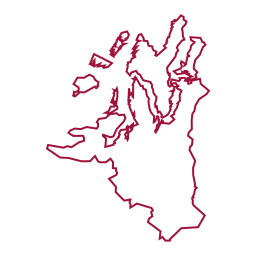 outline of Gildeskål nor, Nordland, Norway
{"feature_id": "86288312B17859654216493", "entity_name": "Gildeskål nor", "entity_type": "district", "adm_level": 2, "iso_a3": "NOR", "parent_name": "Norway", "parent_adm1": "Nordland", "projection": "albers", "projection_center": [14.061, 66.984], "detail": "fine", "context": "isolated", "style": "outline", "palette": "rose", "viewbox_px": 256, "rotation_deg": 0, "n_neighbors": 0, "source": "geoboundaries", "source_scale": "gbopen_adm2", "svg_char_len": 5778}
<svg xmlns="http://www.w3.org/2000/svg" viewBox="0 0 256 256"><path d="M199.9,78.8L191.0,81.0L191.4,82.9L188.4,83.9L187.8,82.0L188.7,81.0L185.0,80.7L186.0,78.8L184.4,77.8L179.6,78.2L180.3,79.6L178.9,81.1L172.0,79.4L170.7,82.4L171.0,83.7L175.7,83.1L177.2,85.5L179.2,86.0L176.4,86.7L177.3,88.5L181.5,90.6L179.7,95.0L179.9,100.7L177.5,103.3L178.1,103.5L176.9,107.7L174.2,111.9L174.2,114.1L171.1,116.1L174.3,119.4L169.3,123.7L162.3,123.0L163.1,121.3L161.9,120.3L157.0,130.6L155.9,130.8L155.7,133.4L155.1,130.7L156.6,128.6L157.0,125.2L158.8,123.5L158.8,120.1L159.6,119.1L158.5,119.6L158.4,117.0L157.3,116.2L155.1,121.4L153.7,122.3L154.1,116.2L150.8,112.1L149.5,108.4L148.5,102.0L148.9,98.6L146.9,95.8L145.8,89.6L143.4,88.9L142.7,85.9L140.7,85.9L135.4,76.8L134.5,78.0L135.0,79.0L133.3,79.0L134.8,80.3L132.7,84.9L133.2,85.1L133.1,97.1L132.5,96.5L131.9,92.2L131.6,93.9L129.3,95.3L129.9,93.8L129.0,88.3L128.7,95.2L129.2,94.9L129.1,96.7L128.3,99.4L128.5,101.5L130.7,99.6L128.4,103.9L130.0,105.1L129.4,106.0L129.8,107.6L132.9,115.2L134.2,112.9L134.5,116.5L133.8,118.1L137.8,124.2L133.0,126.2L133.0,123.8L129.6,127.0L130.6,128.2L132.1,126.0L132.8,127.0L131.7,130.2L128.1,132.9L128.1,138.5L127.5,139.8L126.6,137.7L125.7,138.0L126.1,136.9L125.0,134.5L127.8,130.5L128.2,126.5L127.7,126.0L126.6,127.3L126.7,128.8L127.6,128.2L126.8,129.3L120.7,130.1L119.0,133.2L119.3,134.7L120.3,134.0L118.4,136.5L118.9,137.0L114.2,141.4L115.0,143.2L113.7,143.4L113.5,144.8L105.3,146.9L106.1,138.6L102.9,135.8L103.1,134.7L110.3,137.2L113.4,136.4L116.6,129.2L123.9,121.3L125.4,117.9L124.1,114.7L119.0,115.2L116.7,113.2L109.5,114.4L105.6,118.0L98.9,118.9L96.8,122.2L98.0,123.4L98.2,126.3L96.8,128.6L86.6,127.0L80.8,129.1L74.8,128.6L70.2,130.5L68.5,132.9L73.2,135.9L83.0,135.8L84.1,138.0L83.9,140.9L79.2,142.2L71.6,147.1L67.3,146.2L63.5,147.7L48.1,145.0L47.0,148.6L60.0,157.5L68.7,158.0L81.6,161.3L90.1,161.2L95.0,156.0L98.1,161.5L100.5,162.3L106.1,162.2L110.4,158.7L113.0,162.1L112.9,168.1L116.1,168.4L116.0,170.8L117.2,173.0L116.1,175.0L109.0,178.7L115.9,186.8L115.7,192.1L124.2,200.6L130.3,199.5L129.5,202.3L130.4,203.8L130.4,207.6L136.8,203.6L151.5,208.0L152.9,210.4L151.2,211.9L152.3,216.3L149.1,218.5L148.0,222.1L160.5,231.3L159.7,238.6L162.4,237.0L165.4,240.6L169.9,240.6L169.9,239.3L181.3,228.2L198.0,227.2L204.8,215.4L193.7,205.5L192.6,203.1L192.9,201.1L192.1,198.2L193.5,197.4L192.8,196.4L194.0,194.4L195.0,189.5L196.7,187.8L194.7,186.5L195.1,184.4L193.2,174.9L193.1,167.9L195.2,160.8L189.5,150.0L189.9,147.3L192.0,144.7L192.6,139.5L188.1,135.8L188.8,132.4L191.8,129.1L191.7,120.1L192.4,113.8L194.3,111.0L195.6,105.2L199.2,99.1L206.5,94.1L209.0,90.8L200.8,83.9L199.9,78.8ZM181.0,15.4L176.5,20.6L175.1,20.1L174.9,22.0L174.5,20.3L171.8,22.1L171.6,24.0L173.0,23.8L171.4,25.5L172.7,27.0L171.0,28.5L171.7,29.4L169.6,34.2L169.3,37.0L168.1,37.2L166.5,40.8L167.2,41.6L166.3,42.4L166.6,43.2L163.8,45.9L165.8,47.8L156.5,55.9L155.3,55.3L156.4,51.6L153.7,50.5L152.5,48.5L152.4,46.5L148.5,45.7L147.4,41.1L143.6,40.7L143.8,38.7L141.3,34.1L138.7,35.0L136.5,39.9L139.7,40.9L137.6,41.7L132.9,48.8L134.7,48.9L135.7,47.4L136.0,47.4L136.8,46.7L137.1,46.6L132.6,52.6L136.8,51.1L134.5,53.8L134.8,55.9L133.2,54.7L133.1,55.9L134.9,57.0L131.7,58.8L130.5,62.1L127.8,62.5L128.1,63.7L127.3,65.0L127.8,66.4L126.5,71.5L129.9,75.4L131.4,72.5L136.1,70.8L138.0,73.9L139.9,74.6L143.1,80.2L150.3,82.0L152.1,85.1L151.8,87.1L153.0,89.4L153.6,93.3L156.6,97.2L155.1,104.1L155.4,106.9L156.7,106.2L158.0,113.4L158.4,111.7L159.7,111.6L162.0,115.0L161.3,116.8L162.5,117.7L167.6,114.8L170.7,109.7L170.1,108.9L170.4,107.4L171.9,105.9L169.6,107.2L172.0,103.8L170.5,103.1L171.3,100.5L169.8,102.4L169.4,99.3L172.7,95.2L172.4,93.8L173.5,91.5L171.5,91.1L174.4,89.8L174.0,88.7L174.5,87.1L171.8,85.2L169.8,86.6L168.5,85.6L167.8,81.5L169.6,79.2L169.2,78.5L169.8,77.6L169.8,74.1L168.7,74.7L168.5,72.7L167.6,72.8L167.1,67.7L175.5,56.5L176.3,52.9L178.1,50.7L176.9,47.5L178.1,45.2L181.8,40.7L184.4,39.6L182.9,36.2L182.6,31.0L181.9,29.8L182.5,27.4L185.6,24.2L186.5,21.5L183.6,19.7L183.6,16.9L181.0,15.4ZM202.9,47.2L205.4,44.8L203.9,42.3L202.4,42.1L200.4,37.9L190.5,37.2L191.1,40.1L194.6,42.2L191.0,45.9L190.5,49.2L187.7,53.5L187.8,55.3L190.0,56.1L187.4,56.5L185.8,64.6L184.5,65.4L185.1,63.7L181.4,61.4L181.0,63.5L181.8,66.4L180.6,68.6L173.8,71.3L177.2,74.3L183.2,73.3L182.4,71.9L185.8,73.1L184.8,71.0L186.4,70.9L187.6,71.7L186.7,73.1L188.4,73.7L187.2,74.3L191.9,76.5L187.2,78.4L187.6,78.9L191.8,79.5L195.6,78.1L196.5,77.0L195.3,75.0L197.3,72.2L193.8,68.8L193.9,64.9L195.5,59.6L199.8,54.8L202.9,47.2ZM89.5,74.7L83.9,77.8L77.4,77.7L73.6,84.1L78.5,87.4L78.8,89.2L78.2,90.9L74.4,92.4L74.5,93.6L73.9,92.7L73.5,94.8L74.7,94.2L73.4,95.6L74.9,96.5L79.3,92.7L78.4,92.1L84.4,92.4L94.9,86.6L96.0,88.0L96.8,86.9L96.6,88.4L98.2,85.8L97.5,85.5L98.5,82.2L95.1,79.8L93.3,76.6L89.5,74.7ZM111.9,63.1L94.0,54.1L90.4,62.8L91.5,63.6L90.2,64.2L93.8,66.0L93.2,61.6L94.5,60.1L94.4,66.1L99.9,63.8L98.1,66.4L104.6,65.5L103.3,67.6L103.7,67.9L107.9,66.9L111.9,63.1ZM116.8,88.5L115.6,90.8L114.0,90.1L114.6,91.1L113.6,93.3L114.2,93.6L113.9,95.9L110.9,103.1L113.1,100.9L112.9,102.3L114.4,102.0L113.2,103.3L113.8,104.0L114.3,103.4L115.0,101.8L115.4,101.3L115.5,101.3L113.8,106.7L110.9,106.5L108.6,111.2L105.5,112.8L108.5,113.0L108.1,114.5L117.4,108.7L117.1,106.3L115.8,105.7L117.3,97.4L117.4,91.2L116.8,88.5ZM118.2,38.6L116.6,40.1L116.9,41.8L113.8,45.0L116.4,44.1L114.4,45.9L115.2,46.5L113.4,46.3L111.6,49.0L114.1,49.5L113.2,51.1L113.6,51.6L110.7,51.0L111.9,53.3L110.6,54.4L113.4,56.4L113.0,53.6L114.4,55.2L119.1,49.5L118.6,49.0L119.9,47.0L120.6,48.2L121.5,46.5L121.0,46.0L125.1,43.8L122.3,43.7L122.0,41.8L118.2,38.6ZM127.0,31.5L121.5,33.0L119.6,36.5L120.7,37.0L118.7,37.7L123.4,40.9L126.3,39.6L125.7,38.6L127.5,38.1L128.9,34.7L127.0,31.5Z" fill="none" stroke="#9f1239" stroke-width="2"/></svg>